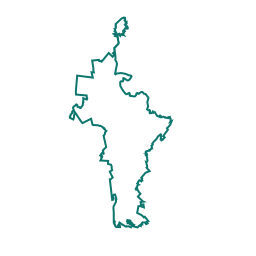 outline of San Juan Bautista Tuxtepec, Oaxaca, Mexico, rotated 36°
{"feature_id": "50627088B4470320076946", "entity_name": "San Juan Bautista Tuxtepec", "entity_type": "district", "adm_level": 2, "iso_a3": "MEX", "parent_name": "Mexico", "parent_adm1": "Oaxaca", "projection": "albers", "projection_center": [-96.099, 18.051], "detail": "fine", "context": "isolated", "style": "outline", "palette": "teal", "viewbox_px": 256, "rotation_deg": 36, "n_neighbors": 0, "source": "geoboundaries", "source_scale": "gbopen_adm2", "svg_char_len": 5764}
<svg xmlns="http://www.w3.org/2000/svg" viewBox="0 0 256 256"><g transform="rotate(36 128 128)"><path d="M179.8,212.8L179.4,212.3L179.0,212.3L177.8,213.2L177.3,212.5L177.5,212.2L177.2,212.3L177.4,210.7L177.3,210.9L177.3,210.7L177.0,210.6L176.7,209.5L179.5,209.5L184.3,209.0L184.5,208.4L185.0,208.3L186.1,207.3L188.7,206.6L188.4,205.7L188.7,205.1L188.5,204.4L186.9,203.9L186.4,204.2L186.2,204.5L185.9,204.4L185.8,204.7L185.1,204.5L184.3,204.6L183.7,205.2L183.1,203.8L182.1,204.1L181.6,202.9L182.6,202.6L182.7,202.3L183.6,201.8L184.3,201.6L184.8,203.0L186.4,202.3L188.6,203.1L190.0,202.8L190.3,204.4L194.0,202.9L194.4,202.5L194.3,200.9L194.8,200.4L194.7,200.0L196.0,199.8L195.2,198.4L196.2,197.7L195.4,197.1L195.1,196.5L195.3,195.7L196.7,195.0L197.2,194.4L197.7,194.3L199.2,195.1L199.9,193.8L199.3,193.7L199.1,193.9L198.0,193.4L199.3,191.5L193.8,189.9L193.4,191.0L192.1,190.7L190.2,190.5L185.3,191.3L182.4,185.1L183.7,184.0L187.5,182.9L185.4,180.7L183.6,182.5L181.7,180.5L183.8,178.5L183.2,178.6L176.4,177.8L176.7,173.9L175.1,173.6L172.1,172.4L170.7,173.2L170.0,172.7L170.0,171.9L170.2,171.4L170.0,171.1L170.4,170.9L170.0,170.5L169.9,170.6L169.4,169.0L169.5,168.2L169.8,167.8L169.3,167.9L169.3,167.6L168.1,167.4L168.2,167.0L168.4,166.9L168.4,166.3L167.8,165.5L167.9,163.6L170.2,163.3L170.0,162.0L170.2,161.9L169.8,161.6L169.4,161.7L168.7,161.0L168.9,160.6L168.0,160.4L168.5,153.8L170.8,150.2L166.9,149.3L167.1,149.1L165.4,147.2L162.9,145.1L163.3,145.1L163.0,143.0L159.3,139.3L158.4,139.6L158.2,139.3L158.4,139.5L158.7,139.3L158.8,138.6L158.5,138.6L159.0,138.3L158.7,138.0L157.7,137.9L157.3,137.2L157.1,137.4L156.7,137.2L156.8,136.7L156.4,136.9L156.3,136.5L156.9,135.9L156.9,135.5L158.7,133.7L158.3,133.2L158.8,133.0L158.7,132.4L159.0,131.9L158.9,131.2L159.5,130.4L158.4,129.5L158.3,129.1L157.4,128.5L157.8,126.9L157.6,126.6L156.9,126.4L156.9,123.9L157.5,120.1L157.2,117.2L158.1,114.0L158.0,113.2L161.1,117.7L161.2,118.2L162.2,118.3L162.3,117.2L162.9,117.3L163.2,114.0L161.2,114.0L161.3,106.0L159.6,105.3L160.0,103.6L160.3,100.7L159.3,96.7L158.6,98.0L158.5,97.1L158.3,97.2L158.2,96.7L157.6,96.2L157.3,95.7L156.9,95.4L156.5,95.6L155.9,95.4L155.7,95.0L155.5,95.3L155.4,95.1L155.1,95.3L155.0,95.1L154.7,95.6L154.4,95.5L153.8,96.4L154.0,96.7L153.2,97.0L152.8,97.5L151.8,97.5L151.5,97.9L150.9,97.8L149.8,98.2L149.1,99.4L148.0,99.9L147.9,100.1L147.5,100.0L147.3,100.2L147.2,100.0L146.9,100.1L146.9,99.7L146.7,99.9L146.4,99.6L146.3,100.1L145.7,100.7L144.9,101.1L144.2,101.0L140.2,99.4L139.6,100.7L138.4,100.1L138.4,102.0L137.0,103.2L136.5,102.9L136.4,102.1L135.7,101.1L135.3,100.9L134.7,100.9L134.5,101.4L134.1,101.8L133.1,101.5L132.4,101.7L131.6,98.7L128.4,95.7L126.9,91.6L122.3,90.2L120.8,90.9L118.7,90.4L117.6,91.1L116.8,92.9L116.7,94.0L116.1,94.3L115.3,94.1L114.9,94.3L114.6,95.2L115.2,96.9L115.0,98.4L113.1,99.6L111.8,100.1L111.0,100.8L110.4,100.8L109.2,99.2L108.5,98.9L108.0,99.5L107.7,100.7L107.0,101.5L106.6,101.7L105.2,101.6L102.0,100.7L97.4,98.7L95.5,96.6L94.7,95.3L94.8,94.5L95.3,93.9L96.4,93.4L96.4,93.1L96.2,92.2L95.1,90.9L94.9,90.4L95.3,90.1L99.5,89.9L100.3,89.2L100.6,88.5L100.8,86.9L100.5,84.1L99.8,83.8L97.3,85.0L94.2,85.6L90.1,87.6L86.7,90.7L86.4,91.9L85.7,91.8L81.5,82.7L80.4,81.7L77.6,80.3L76.6,78.4L70.1,71.4L70.8,65.4L70.5,64.5L68.7,63.0L66.0,60.2L65.0,60.2L64.3,60.6L63.9,59.9L64.5,59.4L63.7,59.0L64.4,58.9L64.3,58.5L65.1,58.1L65.2,57.5L65.4,57.0L65.9,57.2L65.9,57.7L67.6,58.0L67.3,57.0L67.3,56.2L68.0,56.1L68.0,55.9L69.0,56.0L69.3,55.4L69.8,55.3L68.4,54.8L68.2,54.3L68.7,53.5L68.4,53.4L68.5,53.0L67.0,52.5L66.9,52.1L67.0,51.8L67.7,51.8L68.3,51.4L67.2,50.7L67.2,48.8L67.6,48.4L68.3,48.4L68.3,48.0L69.0,48.0L69.3,47.6L68.5,46.7L68.2,46.9L67.6,46.5L67.6,46.8L66.5,46.9L65.4,46.3L64.7,46.3L64.7,45.8L65.3,45.0L65.2,44.8L64.9,45.0L64.7,44.5L64.8,44.1L65.0,44.6L65.0,43.8L64.1,43.6L64.0,43.4L64.4,43.3L64.1,43.1L63.7,43.2L63.3,43.0L63.0,43.3L62.5,42.7L62.0,42.8L61.8,41.8L61.3,41.2L61.2,41.6L60.8,41.6L60.3,41.1L59.7,41.0L58.5,43.1L56.9,51.3L57.7,51.8L58.0,52.9L58.6,53.0L58.8,53.2L59.4,54.6L59.0,55.5L59.3,55.5L60.2,56.7L60.7,56.9L60.8,57.3L61.0,57.4L60.9,57.5L62.3,57.6L62.7,58.0L62.0,59.5L61.3,60.3L64.0,60.5L63.9,61.0L65.0,60.5L65.9,60.4L70.3,64.7L70.6,65.8L69.8,71.4L72.8,74.8L72.0,75.6L71.9,76.4L73.7,76.5L74.0,76.9L73.7,79.4L68.3,78.7L67.7,89.9L67.5,90.0L67.1,89.7L67.0,90.3L66.9,89.9L66.4,90.0L65.4,90.8L64.4,90.0L59.4,94.5L64.9,100.1L66.3,101.9L67.7,103.1L65.7,104.3L69.9,107.9L56.1,115.5L64.3,129.1L66.3,131.5L75.4,126.0L76.5,127.3L77.7,128.1L78.0,129.1L77.7,129.3L74.3,130.2L75.7,132.0L76.3,133.5L76.8,133.5L77.3,135.1L78.0,136.0L77.9,139.7L77.5,140.0L76.5,139.6L75.6,140.4L74.7,140.5L73.4,139.2L72.3,139.3L72.1,139.9L72.2,140.6L71.4,142.8L71.7,144.0L73.9,145.6L73.3,146.5L73.6,147.4L73.3,147.7L74.1,149.2L73.8,149.8L74.0,150.8L73.8,151.4L74.8,153.0L74.4,153.2L74.7,153.7L75.0,153.9L78.7,153.3L78.5,152.2L75.6,146.7L75.7,146.4L86.0,150.2L88.3,150.8L92.7,142.2L97.3,146.1L97.9,146.2L102.3,143.3L103.8,143.1L104.4,142.4L108.4,142.1L108.9,142.2L108.7,142.7L112.2,143.1L112.0,145.1L112.8,146.4L113.0,147.2L112.7,148.5L121.6,156.3L120.8,160.8L124.0,163.6L122.2,163.1L122.0,162.7L121.7,162.7L121.7,166.6L123.0,166.5L123.2,166.8L123.2,166.3L123.0,166.1L123.3,165.9L124.1,166.4L124.8,170.5L131.3,166.3L132.9,168.8L135.9,167.7L137.6,168.9L137.8,169.4L139.0,170.7L140.0,171.4L138.9,173.9L141.2,175.3L144.7,177.0L144.1,179.8L143.5,180.2L157.5,195.5L158.2,194.7L157.8,193.4L156.9,192.9L156.7,193.0L155.7,192.1L155.7,190.3L156.0,189.6L156.1,189.2L155.9,189.1L156.0,189.2L156.9,189.7L157.6,190.1L160.4,192.3L160.2,192.7L160.5,193.3L161.6,194.6L162.5,200.1L163.0,201.0L166.1,204.7L171.6,212.2L171.9,211.4L172.3,211.4L173.0,213.4L173.2,213.7L174.0,213.6L174.9,214.6L176.3,215.0L176.9,214.9L179.8,212.8Z" fill="none" stroke="#0f766e" stroke-width="2"/></g></svg>